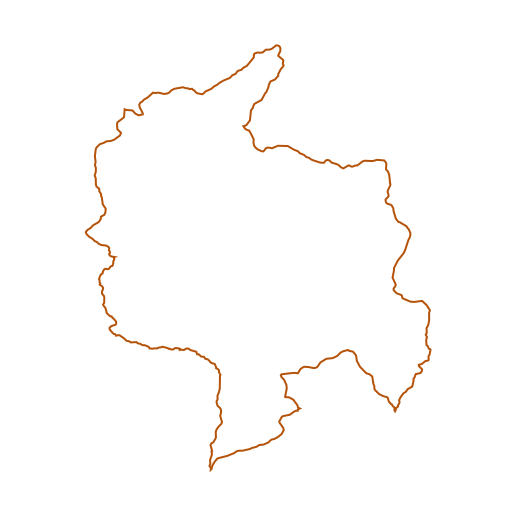 outline of Santa Cruz, Cajamarca, Peru, rotated 263°
{"feature_id": "86281439B67227592108094", "entity_name": "Santa Cruz", "entity_type": "district", "adm_level": 2, "iso_a3": "PER", "parent_name": "Peru", "parent_adm1": "Cajamarca", "projection": "natural_earth1", "projection_center": [-79.012, -6.689], "detail": "fine", "context": "isolated", "style": "outline", "palette": "amber", "viewbox_px": 512, "rotation_deg": 263, "n_neighbors": 0, "source": "geoboundaries", "source_scale": "gbopen_adm2", "svg_char_len": 6075}
<svg xmlns="http://www.w3.org/2000/svg" viewBox="0 0 512 512"><g transform="rotate(263 256 256)"><path d="M84.9,375.1L85.9,375.8L88.0,376.5L89.4,378.7L90.9,379.0L92.6,380.4L94.0,380.7L95.4,380.4L98.4,382.4L101.8,385.7L103.0,388.2L105.4,390.4L107.3,395.1L113.0,397.2L114.9,397.3L116.2,398.6L119.3,400.1L119.8,405.0L121.4,406.5L123.3,407.0L127.0,404.2L128.2,404.3L128.6,407.4L131.0,411.2L131.3,414.2L131.8,414.7L135.4,415.0L137.2,416.3L141.6,417.8L142.2,417.6L143.0,416.2L145.4,415.6L146.7,414.4L151.5,414.6L154.8,415.8L157.2,414.9L158.9,416.1L163.6,416.5L166.4,418.5L170.9,420.0L178.5,420.9L180.9,422.0L186.4,419.4L191.2,415.4L191.1,407.7L191.9,403.6L195.8,396.9L196.4,396.2L198.8,396.0L199.7,395.3L201.8,391.1L205.2,388.5L207.0,388.6L209.0,390.6L210.7,391.2L217.9,388.9L224.6,391.1L227.2,391.5L234.2,396.2L240.5,402.6L243.4,404.6L253.1,409.1L255.8,410.9L258.2,411.8L260.0,412.0L263.8,410.9L265.9,409.4L267.1,409.1L272.0,402.8L272.5,401.5L275.9,399.4L283.8,398.0L286.5,398.1L289.5,396.9L290.6,395.8L291.6,393.3L292.7,391.9L294.1,391.4L296.4,391.5L298.8,394.6L300.4,395.0L303.5,394.4L305.2,395.0L310.0,398.0L311.6,398.1L312.3,397.7L313.2,398.0L320.4,398.1L323.6,397.3L326.3,395.6L331.5,396.6L333.1,396.3L335.2,394.9L336.7,387.9L336.0,383.4L337.3,375.5L336.9,373.3L333.6,367.7L333.7,365.7L332.9,362.4L333.3,361.2L334.3,360.0L334.6,358.8L332.3,353.3L333.8,351.0L336.0,349.3L337.1,347.8L339.5,342.4L341.7,340.7L342.4,339.5L342.6,338.6L342.4,337.1L340.3,334.8L340.3,334.2L340.8,331.4L344.0,324.4L345.3,322.3L347.0,320.6L348.1,318.0L350.3,316.2L352.9,311.7L354.8,310.5L356.9,306.6L361.3,300.9L362.7,291.2L361.0,285.1L362.2,281.2L361.8,279.0L359.3,276.6L358.9,275.7L359.5,274.0L361.7,270.5L364.0,268.5L365.8,267.6L368.4,267.3L372.2,267.9L379.8,265.2L381.5,264.3L381.9,263.0L383.6,260.7L386.4,259.3L387.0,262.3L391.3,266.5L401.2,268.8L403.5,271.0L405.7,271.9L407.2,273.0L410.2,280.5L416.3,284.9L417.5,286.3L422.3,289.0L424.7,289.7L427.5,291.7L428.8,296.2L431.7,299.5L432.4,300.1L434.0,300.3L438.3,303.3L441.1,306.2L442.1,306.6L443.4,306.0L446.4,306.9L447.4,306.7L451.8,302.6L452.4,302.5L456.1,304.9L458.4,305.5L460.3,305.3L461.7,304.4L462.3,303.2L462.6,301.8L459.7,296.9L459.2,294.4L459.6,291.0L457.2,287.4L457.3,284.3L457.8,282.3L457.2,279.4L456.3,278.5L453.4,278.0L445.9,270.2L444.1,265.9L442.7,264.6L442.0,260.9L441.4,259.8L439.3,258.0L438.3,254.6L435.9,251.7L434.2,245.4L432.4,241.1L430.6,238.1L429.3,234.8L427.4,232.1L425.5,225.9L423.8,223.9L423.1,222.3L424.6,217.7L426.0,216.0L427.7,215.1L428.5,213.8L429.8,212.9L429.7,210.3L430.6,209.3L431.1,206.8L432.4,204.0L431.9,195.3L430.8,192.3L428.6,189.5L428.0,186.9L428.1,184.3L430.0,179.2L430.1,175.5L430.7,173.7L426.5,167.7L425.0,164.1L423.1,161.8L422.2,159.8L420.5,158.6L417.9,158.6L411.9,160.9L410.4,160.9L409.9,156.7L412.0,153.7L415.5,151.1L416.9,144.5L417.6,143.5L410.2,142.0L409.4,141.3L405.7,135.0L404.2,134.2L398.7,133.8L395.1,136.8L394.2,136.9L392.1,135.5L388.6,129.1L387.9,125.8L388.0,121.3L386.9,118.9L386.0,114.7L383.3,111.1L381.6,110.0L374.6,108.2L369.2,108.3L365.6,107.2L362.9,107.8L359.3,107.3L355.5,105.7L352.7,106.4L346.4,105.8L344.3,106.2L341.8,108.6L339.4,108.3L336.6,109.7L334.5,109.6L332.9,110.1L325.9,110.2L321.3,112.6L317.5,111.8L315.3,110.4L314.0,107.0L311.4,106.3L308.9,104.1L306.4,98.2L303.9,95.2L302.6,92.2L300.8,90.2L300.2,90.0L298.4,90.5L295.6,92.6L292.7,96.1L290.5,97.7L289.2,99.9L287.5,101.1L285.7,103.9L284.6,108.6L283.1,110.5L281.8,111.3L279.6,110.7L277.7,111.5L276.6,111.3L275.7,110.4L274.9,110.7L274.1,111.1L273.2,112.4L272.2,115.6L271.9,114.6L269.9,115.0L268.2,113.7L266.3,113.5L263.8,112.4L263.3,110.4L261.1,108.3L261.0,107.0L261.7,104.9L261.3,103.9L259.5,102.2L257.5,101.7L256.8,100.2L255.5,99.0L252.2,97.4L251.2,97.8L249.2,97.5L247.6,98.1L246.6,97.4L244.9,99.4L243.0,100.4L241.7,100.1L240.1,99.0L237.5,98.5L234.8,100.2L233.5,100.4L228.0,99.6L226.5,98.3L225.2,98.7L222.8,100.2L217.3,101.0L214.0,103.9L213.7,105.3L211.8,106.2L211.4,106.9L208.0,109.1L206.0,109.0L205.0,108.4L203.9,103.5L202.6,101.9L201.0,101.8L196.9,104.5L195.9,105.4L195.5,106.8L193.9,107.5L194.3,109.4L193.8,111.1L190.2,115.1L187.6,117.2L186.8,119.7L185.5,121.2L185.1,126.9L183.8,127.9L183.1,130.0L181.3,132.7L181.0,134.7L179.2,138.0L178.6,138.6L177.3,139.0L176.6,142.0L176.7,144.3L176.3,146.6L177.0,148.4L176.9,150.7L177.4,151.9L175.4,157.1L174.4,158.1L174.5,159.1L173.7,160.0L173.3,162.3L174.5,164.7L173.8,168.0L173.3,168.9L172.4,168.6L171.9,168.9L172.3,170.1L171.4,172.9L172.7,175.7L172.1,178.1L170.7,179.3L168.2,185.1L165.7,185.5L165.2,187.5L162.9,189.2L162.3,192.1L160.2,193.1L159.4,195.4L157.2,197.3L156.0,197.8L154.8,199.6L153.9,201.8L150.4,202.9L149.6,202.7L148.1,204.7L146.9,205.4L145.1,205.1L142.4,206.2L141.2,205.6L128.9,203.9L125.8,202.8L121.8,200.7L118.3,200.4L116.8,199.3L115.7,199.0L112.0,199.6L109.3,201.9L107.4,202.5L104.9,202.2L101.7,201.0L95.2,202.0L93.7,201.2L90.6,197.4L88.1,195.4L86.2,194.6L80.6,194.1L76.3,191.0L75.3,188.7L73.8,187.8L67.8,188.7L67.4,188.0L64.3,188.1L59.3,185.6L55.2,185.3L53.3,184.2L50.9,185.5L49.4,185.1L50.0,185.9L53.2,187.1L56.6,189.7L59.2,192.4L59.9,193.7L61.1,203.1L63.0,210.2L64.6,213.1L64.8,215.0L64.4,219.1L65.2,226.6L65.9,228.3L66.6,233.3L68.0,236.2L67.9,240.6L69.5,245.7L71.3,247.9L71.9,249.3L72.2,251.9L73.6,255.6L76.1,259.6L79.7,262.3L80.6,262.3L82.4,261.9L87.6,259.1L88.9,258.9L93.1,261.9L93.8,263.4L94.3,270.1L97.0,275.1L97.6,277.2L97.3,278.6L98.5,278.9L99.3,281.0L100.4,279.2L102.8,278.9L108.9,275.5L111.8,271.4L112.2,268.4L112.7,267.7L120.5,270.3L124.3,270.5L129.7,268.8L132.8,266.5L134.6,266.1L135.2,266.6L135.5,267.6L135.4,279.5L134.5,283.3L138.2,286.2L139.5,288.3L140.2,290.4L139.2,295.3L137.8,299.2L137.7,301.4L138.3,303.2L142.6,307.1L145.4,313.3L145.3,319.7L146.0,321.9L147.0,324.7L149.8,328.1L150.9,331.2L151.5,335.9L150.6,336.7L149.3,340.5L147.0,342.1L144.9,343.2L139.7,343.3L133.4,345.7L126.3,351.1L124.6,354.5L122.2,356.7L115.0,356.9L112.5,357.6L110.1,357.3L108.6,357.7L103.9,361.4L101.3,365.4L100.0,368.7L99.2,369.5L95.0,370.2L93.9,371.3L92.8,371.6L92.1,372.8L90.4,373.4L88.7,375.0L86.0,374.6L84.9,375.1Z" fill="none" stroke="#b45309" stroke-width="2"/></g></svg>